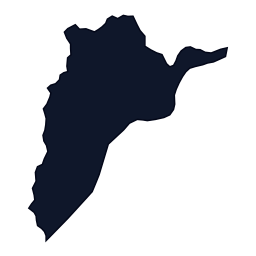 outline of Terezópolis de Goiás, Goiás, Brazil
{"feature_id": "56859067B74545667344243", "entity_name": "Terezópolis de Goiás", "entity_type": "district", "adm_level": 2, "iso_a3": "BRA", "parent_name": "Brazil", "parent_adm1": "Goiás", "projection": "mercator", "projection_center": [-49.069, -16.456], "detail": "fine", "context": "isolated", "style": "filled", "palette": "ink", "viewbox_px": 256, "rotation_deg": 0, "n_neighbors": 0, "source": "geoboundaries", "source_scale": "gbopen_adm2", "svg_char_len": 1319}
<svg xmlns="http://www.w3.org/2000/svg" viewBox="0 0 256 256"><path d="M47.5,88.1L50.9,93.0L49.9,97.1L46.9,104.2L43.4,108.8L44.8,113.3L46.2,118.5L45.8,124.7L44.9,130.3L43.0,135.3L43.9,141.0L46.5,145.4L47.9,151.5L44.3,158.9L42.4,164.4L37.5,166.7L35.4,172.4L36.1,181.2L32.5,188.3L34.2,195.1L34.8,200.0L31.6,203.9L28.8,208.2L34.1,212.3L36.1,215.9L36.5,220.3L37.6,225.6L41.6,228.4L44.5,231.6L46.1,235.7L46.1,240.6L67.8,218.4L78.4,206.8L87.6,196.7L92.2,191.6L96.5,181.2L99.1,174.7L108.3,144.1L123.7,129.8L129.4,123.2L137.2,119.4L143.0,119.9L147.3,120.6L155.4,119.4L163.9,117.5L169.8,114.8L173.5,109.5L174.7,104.2L174.3,95.1L176.2,89.2L179.1,82.8L182.5,76.6L185.8,71.8L189.7,68.2L195.2,66.5L202.8,64.7L207.5,63.0L213.5,61.9L220.0,59.0L225.5,56.5L227.2,47.8L220.6,49.3L211.2,53.0L205.1,52.3L200.1,49.7L195.8,49.5L190.4,46.9L185.8,47.5L181.2,50.9L177.8,55.8L176.0,60.9L173.6,65.4L169.8,66.8L166.5,63.7L162.0,54.6L156.5,52.8L150.8,49.9L144.9,46.2L144.9,36.2L140.0,30.5L137.0,24.7L133.0,16.2L127.9,16.4L123.3,15.4L117.7,18.6L112.2,16.1L107.4,19.1L105.7,23.4L101.9,27.0L98.3,29.6L94.5,31.9L86.0,28.8L79.5,29.2L75.3,24.7L67.8,28.6L64.4,32.1L66.8,38.2L70.6,44.0L70.6,48.4L71.0,54.8L67.6,57.8L66.9,66.2L67.8,71.6L63.8,72.7L60.2,75.1L59.5,79.7L55.6,83.7L50.7,85.2L47.5,88.1Z" fill="#0f172a" stroke="#020617" stroke-width="1.5"/></svg>